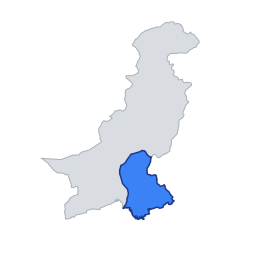 Sind highlighted on a map of Pakistan, rotated 345°
{"feature_id": "PAK-1114", "entity_name": "Sind", "entity_type": "Province", "adm_level": 1, "iso_a3": "PAK", "parent_name": "Pakistan", "parent_adm1": "", "projection": "natural_earth1", "projection_center": [68.493, 26.111], "detail": "fine", "context": "in_parent", "style": "filled", "palette": "blue", "viewbox_px": 256, "rotation_deg": 345, "n_neighbors": 0, "source": "natural_earth", "source_scale": "10m", "svg_char_len": 8936}
<svg xmlns="http://www.w3.org/2000/svg" viewBox="0 0 256 256"><g transform="rotate(345 128 128)"><path d="M215.9,54.8L219.2,62.4L218.7,64.0L216.3,65.3L215.4,66.9L214.3,67.6L212.7,67.3L209.6,68.5L208.1,68.5L204.5,70.8L201.6,70.3L198.6,68.9L195.9,68.8L188.6,67.1L184.9,68.7L183.1,72.5L183.2,73.2L184.5,73.7L185.1,74.4L185.2,75.1L184.3,76.7L184.9,77.5L188.2,77.9L188.3,78.5L187.9,79.3L185.5,80.6L185.2,81.6L185.6,82.8L187.2,84.5L186.9,86.2L185.5,88.2L185.7,88.9L187.1,90.5L189.1,91.6L189.4,93.5L189.1,94.1L189.7,94.7L193.2,94.9L193.0,96.9L193.5,98.5L194.7,99.0L196.9,99.0L199.7,100.2L200.8,101.5L200.8,102.4L200.0,103.4L194.2,106.1L192.2,107.9L191.7,109.3L192.7,112.7L191.9,116.6L192.2,117.3L193.0,117.6L193.2,118.7L190.4,120.6L189.9,120.6L186.3,125.8L185.0,127.0L184.9,128.1L185.5,129.9L184.1,131.7L179.2,133.9L177.6,139.2L174.0,146.4L167.6,150.3L167.0,151.0L165.2,155.9L163.2,158.2L162.3,161.2L158.6,162.5L154.5,163.0L150.9,164.6L150.1,164.7L148.8,163.9L148.1,161.5L146.5,160.3L145.5,160.3L142.6,162.7L139.8,167.9L135.7,172.8L134.9,177.2L135.3,178.0L138.0,179.6L141.7,180.3L142.7,181.3L142.5,185.3L141.9,187.3L142.2,189.6L144.1,192.4L146.2,192.7L147.6,192.4L148.5,192.9L148.5,196.3L151.2,201.3L153.2,206.4L152.3,207.4L152.3,208.0L152.3,209.2L153.1,210.0L153.1,210.4L151.3,211.2L150.4,212.3L149.4,212.7L147.8,212.1L147.4,210.2L146.7,210.3L142.2,212.0L141.3,213.3L138.8,213.7L137.8,213.6L136.0,212.2L128.4,211.9L127.6,212.3L127.0,211.6L126.4,212.3L126.4,216.4L123.7,216.4L121.3,216.9L119.9,217.9L119.3,219.4L118.4,218.0L117.4,218.3L116.4,217.3L115.9,218.3L114.2,218.6L113.9,217.1L113.0,217.6L112.3,216.8L112.0,215.7L110.7,214.7L110.0,213.5L109.8,210.9L108.5,205.5L107.7,205.0L103.1,204.1L102.8,203.1L103.0,199.0L101.6,196.9L101.2,195.4L100.0,194.2L98.8,193.8L97.6,194.0L96.5,195.3L99.1,195.1L100.4,196.0L97.7,195.7L93.7,196.3L91.3,197.2L88.2,197.0L84.2,197.8L80.9,197.9L79.6,199.6L78.2,198.9L73.7,197.5L72.7,196.6L71.3,197.4L68.8,196.8L66.9,197.2L66.2,198.0L66.1,199.2L62.4,198.6L60.6,199.0L56.6,198.5L55.6,198.6L52.6,200.3L51.2,199.0L50.0,200.0L47.9,200.3L46.0,200.2L44.0,199.6L44.5,198.2L45.2,191.7L46.3,190.5L47.0,186.0L47.3,185.2L50.2,183.9L50.6,183.2L51.9,183.4L52.8,181.5L54.3,180.6L58.3,179.4L62.5,179.3L62.9,176.7L63.6,176.2L63.6,173.4L64.3,172.8L64.2,172.4L63.7,171.6L62.7,171.0L59.8,171.5L58.1,171.0L58.1,169.6L58.7,167.6L58.0,160.6L58.2,157.3L56.0,157.4L53.6,154.9L48.4,153.1L45.4,149.7L42.2,143.2L42.0,141.7L36.8,135.0L55.2,141.2L67.7,139.9L73.7,141.4L74.5,140.5L77.1,139.3L85.1,139.1L98.0,134.9L98.9,133.4L98.2,132.4L98.1,131.5L98.9,128.6L98.7,124.6L99.4,121.9L100.0,120.4L102.2,118.9L103.8,116.5L104.9,115.5L106.0,114.9L107.1,115.0L108.1,115.8L110.1,116.2L111.9,115.9L115.2,114.4L115.1,113.9L113.6,112.9L113.4,112.2L113.9,111.7L115.2,111.6L118.3,109.8L120.0,108.1L123.1,108.7L124.9,108.1L127.0,110.2L128.0,110.4L130.4,109.0L132.6,106.2L132.1,99.4L134.0,95.9L134.0,94.8L134.5,93.8L135.0,91.3L135.8,90.6L137.3,90.2L139.8,90.0L143.6,87.5L143.8,86.4L142.1,83.0L139.1,79.1L139.4,77.6L140.5,77.0L144.3,78.3L147.9,78.4L152.4,77.0L152.8,76.1L152.8,72.6L151.4,70.4L152.5,69.4L155.0,65.7L156.8,64.4L158.6,61.4L157.8,59.9L158.4,58.3L158.0,56.4L157.4,55.7L156.4,52.4L155.4,51.0L153.7,49.5L154.2,48.4L158.4,44.1L160.1,44.2L160.7,43.4L163.7,41.4L164.4,40.5L169.5,38.7L175.0,38.1L182.2,37.9L185.2,38.7L191.4,35.8L192.4,35.8L194.6,37.0L196.4,36.5L197.4,36.7L199.7,37.5L200.6,39.9L201.0,40.1L202.3,39.7L203.3,39.9L205.8,41.8L206.8,44.8L206.8,47.8L206.2,48.9L206.3,49.4L208.0,50.4L208.9,52.5L210.1,52.7L213.4,51.7L213.6,53.2L215.9,54.8Z" fill="#d9dde1" stroke="#a8b0b8" stroke-width="1"/><path d="M143.1,162.2L142.1,163.3L142.0,163.5L141.1,166.2L140.9,166.6L139.9,167.6L139.2,168.8L137.9,170.2L137.1,170.7L136.1,171.9L135.6,172.7L135.3,173.8L134.8,177.1L134.9,177.7L135.3,178.1L137.1,178.9L137.5,179.3L138.4,180.1L138.9,180.3L141.6,180.2L142.1,180.3L142.5,180.5L142.8,181.0L142.9,181.5L142.8,182.6L142.8,183.2L142.8,183.4L142.7,183.7L142.6,184.0L142.7,184.8L142.7,185.3L142.5,185.8L141.9,186.9L141.9,187.2L141.9,187.7L141.8,188.4L141.8,188.6L142.0,189.3L142.3,189.9L142.8,190.5L143.3,191.0L143.5,191.3L143.7,192.0L143.9,192.3L144.1,192.5L144.5,192.7L145.2,192.8L146.5,192.8L147.0,192.7L147.4,192.5L147.8,192.3L148.3,192.4L148.6,192.8L148.6,193.4L148.5,196.2L148.6,196.6L148.8,196.9L149.2,197.5L149.3,197.8L149.4,198.2L149.5,198.4L149.9,198.9L150.6,199.6L150.8,199.9L151.0,200.2L151.4,202.1L151.6,202.9L151.9,203.6L152.6,204.8L153.0,206.0L153.3,206.5L153.1,206.7L152.3,207.1L152.2,207.4L152.1,207.9L152.1,208.3L152.3,208.5L152.3,208.8L152.3,209.2L152.3,209.4L152.4,209.5L152.6,209.7L153.1,209.8L153.5,209.9L153.6,210.3L152.9,210.6L152.8,210.8L152.7,210.9L152.6,211.0L152.4,211.0L152.1,210.9L151.9,210.9L151.7,211.0L151.0,211.5L150.8,211.7L150.8,212.0L151.0,212.2L150.9,212.3L150.5,212.4L150.0,212.7L149.8,212.8L148.3,212.6L147.8,212.4L147.6,212.2L147.5,211.4L147.4,210.9L147.5,210.7L147.7,210.4L147.6,210.1L147.1,210.1L145.9,210.4L145.4,210.8L145.2,210.9L144.5,210.9L144.3,211.0L143.9,211.4L143.7,211.4L143.4,211.4L142.8,211.7L142.4,211.7L142.2,211.8L142.1,212.0L141.8,212.9L141.7,213.2L141.3,213.5L140.8,213.7L138.4,213.7L137.8,213.6L137.3,213.3L136.4,212.3L136.1,212.1L132.8,212.0L131.9,212.4L131.5,212.5L131.3,212.4L130.6,212.1L130.3,212.0L130.1,212.0L129.6,212.3L129.3,212.4L129.1,212.4L129.0,212.2L128.7,211.8L128.7,211.7L128.4,211.5L128.2,211.6L128.2,211.8L127.8,212.6L127.7,212.7L127.4,211.7L127.2,211.4L126.6,211.4L126.4,212.0L126.4,216.4L123.0,216.4L122.5,216.5L122.1,216.8L122.1,216.5L122.0,216.4L121.8,216.4L121.8,216.5L121.9,216.8L121.6,217.1L121.3,217.1L121.2,216.8L120.9,217.1L120.9,217.3L121.0,217.4L120.8,217.4L120.4,217.6L120.1,218.1L119.8,217.3L119.8,217.8L120.0,218.2L119.9,218.4L119.7,219.0L119.7,219.5L119.8,219.9L119.8,220.1L119.7,220.2L119.2,219.6L119.2,220.0L118.7,219.8L118.6,219.5L118.7,219.4L118.9,219.2L118.9,218.9L119.0,218.6L119.0,218.4L118.8,218.1L118.7,217.9L118.6,217.5L118.7,217.0L118.3,216.8L118.2,216.8L118.5,218.0L118.6,218.3L118.4,218.8L118.3,219.1L118.2,219.1L118.0,218.9L118.0,218.6L117.9,218.6L117.7,218.6L117.4,218.6L117.3,218.3L117.0,218.2L116.9,218.1L116.9,217.9L116.7,217.8L116.5,218.0L116.4,217.8L116.4,217.3L116.3,217.2L116.3,217.5L116.2,218.4L116.1,218.6L115.7,218.5L115.4,218.4L114.8,218.1L115.0,218.4L115.0,218.6L114.9,218.8L114.7,218.8L114.0,218.7L113.8,218.7L113.7,218.5L113.7,218.4L113.9,218.0L114.0,217.2L114.0,216.9L113.8,217.1L113.8,217.7L113.7,217.9L113.6,218.0L113.4,218.0L113.3,217.8L113.3,217.5L113.1,217.7L112.9,217.5L112.8,217.4L112.6,217.3L112.6,217.5L112.8,217.7L112.1,217.6L112.0,217.4L112.3,217.4L112.5,217.2L112.6,216.9L112.3,217.0L112.2,217.0L112.2,216.8L112.3,216.3L111.8,216.2L111.7,216.1L111.9,215.6L112.0,215.5L112.5,215.3L112.6,215.2L112.4,215.2L112.1,215.2L111.9,215.1L111.6,215.0L110.9,215.0L110.6,215.0L110.4,214.8L110.4,214.3L110.2,214.0L109.9,213.4L109.9,213.2L109.9,212.3L109.7,212.1L109.9,211.8L109.8,211.4L110.0,211.2L110.4,211.2L110.7,211.2L110.4,211.1L110.2,211.0L109.7,211.0L109.6,210.8L109.6,210.5L109.8,209.9L109.6,210.0L109.4,209.8L109.3,209.5L109.1,209.2L108.9,208.9L109.2,208.7L108.8,208.6L108.7,208.4L108.7,208.2L108.6,207.8L108.8,207.9L109.0,207.9L109.4,207.8L108.9,207.5L108.7,207.4L108.3,207.5L108.2,207.4L108.2,207.2L108.3,206.8L108.5,206.4L108.8,206.1L109.1,205.9L109.4,205.7L109.3,205.4L109.2,205.3L108.9,205.4L108.5,205.5L108.4,205.4L108.4,205.2L108.2,204.9L107.7,204.9L107.4,204.8L107.3,205.0L107.5,205.3L107.2,205.1L106.8,204.8L106.6,204.7L106.4,204.6L106.2,204.4L106.0,204.5L106.1,204.8L105.8,204.7L105.6,204.6L105.4,204.4L105.1,204.2L104.8,204.2L104.5,204.3L104.2,204.3L104.0,204.2L103.8,204.2L103.2,204.3L102.9,204.4L102.8,204.5L102.5,204.4L102.5,204.1L102.8,203.8L103.1,203.6L104.9,202.0L105.1,201.9L105.7,201.8L105.8,201.7L106.1,201.5L106.4,201.2L106.7,200.6L106.8,200.4L106.8,200.0L106.9,199.8L107.4,199.1L107.9,198.6L108.1,198.3L108.4,197.3L108.5,197.2L108.4,196.7L108.5,196.4L109.1,195.2L109.5,194.9L109.7,194.7L109.9,194.1L110.7,193.1L110.8,192.8L111.4,191.1L111.5,190.6L111.6,190.2L111.5,188.9L111.7,187.6L111.7,187.3L111.6,186.8L108.7,180.9L108.6,180.6L108.4,179.9L108.4,179.3L108.3,172.3L108.1,171.0L108.2,170.5L108.2,169.9L108.7,167.8L108.7,167.4L108.8,167.1L109.0,166.8L109.7,165.3L110.5,164.2L111.1,162.8L111.2,162.5L111.7,162.3L113.0,162.1L114.5,161.7L117.2,160.3L117.7,159.5L118.1,159.1L120.6,157.0L120.8,156.8L121.3,156.4L122.3,155.9L122.5,155.7L123.1,154.7L123.3,154.5L123.5,154.4L123.8,154.3L125.0,154.1L126.9,154.2L132.4,154.0L133.9,153.9L135.1,153.4L135.3,153.3L135.5,153.4L135.9,153.4L136.2,153.5L136.3,153.6L136.3,153.9L136.4,154.0L137.5,154.1L137.8,154.2L138.1,154.8L138.3,155.0L138.5,155.1L138.7,155.3L138.8,155.5L138.8,156.0L139.0,156.5L139.1,156.8L139.8,159.1L140.0,159.5L140.7,160.6L141.1,161.0L141.8,161.5L143.1,162.2ZM110.8,215.1L111.0,215.3L111.8,215.1L112.1,215.3L111.8,215.4L111.7,215.8L111.4,215.8L111.2,215.8L111.0,215.6L110.9,215.3L110.8,215.1Z" fill="#3b82f6" stroke="#1e3a8a" stroke-width="1.5"/></g></svg>